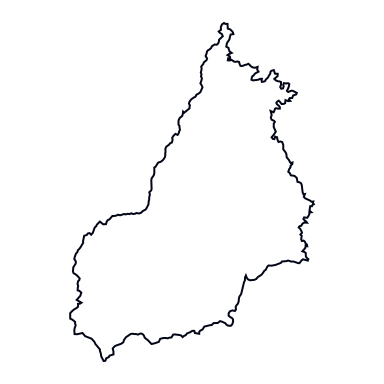 Vila Propício, Goiás, Brazil
{"feature_id": "56859067B93488983181144", "entity_name": "Vila Propício", "entity_type": "district", "adm_level": 2, "iso_a3": "BRA", "parent_name": "Brazil", "parent_adm1": "Goiás", "projection": "albers", "projection_center": [-48.79, -15.215], "detail": "fine", "context": "isolated", "style": "outline", "palette": "ink", "viewbox_px": 384, "rotation_deg": 0, "n_neighbors": 0, "source": "geoboundaries", "source_scale": "gbopen_adm2", "svg_char_len": 5929}
<svg xmlns="http://www.w3.org/2000/svg" viewBox="0 0 384 384"><path d="M154.3,167.5L154.3,173.3L153.8,175.2L151.7,178.3L151.3,180.0L151.6,188.9L151.2,190.4L149.3,192.3L149.9,194.7L149.2,197.2L149.2,199.3L148.7,201.5L148.4,204.6L146.3,208.6L145.5,209.6L143.2,210.8L140.8,212.9L138.9,213.5L136.6,213.0L134.9,213.8L133.0,214.0L131.3,213.3L129.5,214.1L127.8,213.8L125.4,214.4L124.1,214.0L120.1,215.3L118.1,214.7L116.3,215.6L114.0,216.0L112.4,216.0L109.5,219.3L107.6,220.2L106.7,221.6L106.0,224.1L103.2,224.3L99.9,221.6L96.9,224.6L96.1,226.3L94.7,227.5L92.9,232.7L91.2,234.7L89.6,233.1L87.8,233.5L86.7,235.0L84.2,235.8L83.0,241.4L83.2,242.7L80.4,247.5L78.9,249.3L77.8,250.3L77.5,251.9L75.9,253.7L74.6,257.4L74.3,259.2L75.3,260.4L75.9,262.0L75.6,263.7L73.2,267.5L73.2,269.4L72.9,271.0L73.5,273.1L76.4,274.9L78.1,276.6L79.7,278.5L79.3,280.0L78.1,281.2L77.5,283.8L78.2,285.9L77.7,288.1L77.7,290.4L79.3,290.8L81.3,292.6L80.3,295.8L76.7,299.9L81.5,302.7L80.0,303.7L78.0,303.8L78.1,306.6L76.9,307.8L74.0,309.5L71.7,311.5L70.2,313.2L70.2,318.6L72.4,319.7L75.1,321.9L75.1,323.6L75.7,325.4L74.6,328.2L74.3,330.7L74.6,334.1L77.4,334.2L82.5,333.0L85.2,336.2L91.6,338.7L94.5,342.0L95.3,343.9L99.9,349.4L99.9,350.9L100.6,352.7L101.3,356.5L103.6,361.0L105.3,360.8L106.3,358.2L108.7,357.2L109.5,355.7L113.5,354.4L113.4,351.3L112.7,348.5L114.6,346.3L116.5,345.4L121.1,343.8L123.3,342.3L124.1,339.8L126.0,337.2L130.7,334.0L132.7,333.7L134.3,334.1L136.0,334.0L138.0,334.6L139.6,333.8L141.1,333.5L142.7,334.2L143.8,335.4L144.8,337.8L148.1,340.4L151.5,344.0L154.0,343.5L158.8,341.9L160.2,338.8L163.5,338.0L165.6,338.0L167.6,338.3L169.4,337.7L171.5,337.4L173.1,334.7L174.7,334.4L179.4,335.0L181.2,335.5L182.6,337.1L183.9,336.0L185.6,335.2L187.1,333.4L190.4,332.1L192.2,330.9L194.3,330.9L194.9,333.0L199.2,333.8L199.2,332.1L199.9,330.9L202.6,329.4L204.3,326.6L209.5,325.3L211.7,325.0L213.6,323.1L217.7,323.0L220.1,321.1L222.0,321.7L225.3,323.2L226.3,324.5L227.7,325.5L229.3,325.8L231.0,325.7L232.3,324.2L233.1,321.6L233.0,319.3L231.9,318.0L230.0,316.9L228.6,315.7L228.7,313.1L230.1,311.2L232.6,310.4L234.9,311.0L236.0,309.4L235.7,307.9L235.8,306.5L236.5,305.3L237.8,303.8L238.6,301.8L239.0,297.8L239.7,296.1L240.5,295.1L241.3,293.5L244.0,282.3L244.9,280.4L245.0,277.5L245.9,275.5L246.7,277.7L247.9,279.3L250.0,280.3L254.5,279.8L256.2,279.0L257.8,277.1L261.0,275.1L262.3,273.8L264.5,270.6L265.7,269.9L267.3,266.7L268.5,265.5L271.5,265.7L275.3,265.0L280.8,262.9L282.0,261.5L286.6,261.1L287.8,260.6L289.2,260.8L290.8,261.5L293.4,261.5L297.8,263.0L299.4,263.2L301.5,260.5L302.9,259.3L307.8,260.6L308.3,259.1L306.8,257.9L305.9,256.6L305.7,252.9L304.4,252.0L302.4,251.3L304.5,248.9L305.5,247.5L305.6,245.6L307.2,246.1L306.9,244.5L305.6,243.4L304.9,241.7L303.6,240.6L301.9,241.0L301.2,239.4L301.7,235.7L300.4,234.6L302.0,232.7L301.5,231.3L300.2,228.9L298.7,227.4L299.6,226.2L301.2,225.8L302.7,223.4L304.4,222.6L307.0,222.7L306.1,221.5L304.6,220.4L303.4,218.9L304.1,217.4L307.2,217.8L308.5,215.9L309.4,213.9L309.3,212.4L311.3,212.2L309.5,210.6L310.2,206.2L312.0,206.2L312.6,204.8L313.8,204.2L313.0,203.1L313.3,201.5L311.6,201.8L310.3,200.7L305.1,198.3L303.8,196.8L304.9,194.0L303.4,194.3L302.6,192.2L301.8,185.3L301.1,183.3L299.5,182.3L297.5,181.9L296.8,178.1L295.5,176.7L294.4,175.9L290.8,175.3L289.8,173.1L288.3,171.8L289.1,169.3L290.5,167.3L290.5,165.9L292.3,164.0L292.5,162.5L290.7,163.0L289.8,161.8L289.0,160.1L286.7,157.3L286.4,154.2L285.8,152.7L283.2,149.2L283.3,145.1L282.2,142.0L280.3,141.5L278.5,142.0L277.4,139.5L277.1,137.3L275.1,136.7L274.4,139.1L272.9,138.9L271.6,137.3L273.8,134.7L275.8,131.7L273.7,127.0L273.8,123.4L274.9,121.9L274.1,120.8L272.6,120.2L271.5,119.5L270.8,117.5L271.7,115.1L270.6,111.0L273.6,112.3L274.4,110.7L274.9,108.9L276.0,108.2L278.4,108.7L279.8,108.7L279.9,107.3L278.8,105.7L277.0,104.3L276.3,103.0L277.2,101.6L278.7,100.7L279.7,101.6L281.6,104.0L283.5,104.0L285.1,103.2L285.5,100.1L288.1,101.1L290.2,100.9L288.9,99.3L289.7,98.1L292.2,98.0L293.1,95.5L296.2,94.4L296.8,92.9L292.8,90.8L291.4,90.7L288.2,92.0L286.9,90.8L288.1,88.5L289.0,86.0L289.3,84.1L288.1,83.2L286.1,83.5L283.9,83.1L283.2,84.7L283.7,86.4L283.0,88.4L281.2,88.7L280.2,87.0L281.0,84.9L281.0,82.0L279.5,81.4L278.0,81.3L275.7,80.3L274.3,78.9L277.6,76.1L277.7,73.8L275.0,73.7L273.8,70.1L271.4,70.8L270.5,71.8L270.2,73.8L268.9,75.6L268.0,77.5L265.7,79.7L265.2,81.0L263.7,81.6L261.9,81.9L261.5,80.5L261.9,78.8L260.4,78.8L257.9,79.8L253.0,80.4L251.5,79.8L251.7,77.9L252.4,76.2L253.5,75.6L254.5,74.1L255.6,73.2L258.5,71.7L257.2,69.6L257.6,66.9L254.9,67.8L252.4,67.3L250.7,66.1L249.4,64.6L248.3,63.8L246.7,64.6L244.9,64.9L243.5,65.6L241.9,66.0L240.5,65.9L239.5,63.7L239.1,62.0L237.6,61.5L235.6,61.8L234.2,61.7L231.6,59.9L229.7,60.5L227.8,60.3L228.2,58.2L230.2,58.5L229.9,56.5L227.5,55.1L228.7,54.2L231.7,52.9L229.5,51.4L228.4,47.8L226.3,46.7L226.8,43.6L227.7,41.8L228.6,40.8L229.6,38.9L229.9,36.8L230.7,34.5L233.4,34.1L233.0,32.5L231.7,30.8L230.2,29.4L227.8,28.6L227.5,23.9L225.2,23.9L224.0,23.0L222.0,24.4L220.8,27.2L221.0,29.8L218.7,31.5L219.9,32.9L221.8,34.0L222.8,36.2L219.1,39.7L219.0,41.1L218.2,43.4L216.8,44.7L214.8,44.5L212.0,46.1L211.0,48.2L209.5,49.4L207.7,50.5L207.0,51.6L206.4,54.1L205.6,56.0L207.1,58.5L206.5,60.2L203.8,62.4L203.4,63.8L201.2,66.6L201.6,68.3L201.4,70.4L200.8,72.6L201.5,74.4L201.0,76.3L201.9,78.3L201.5,80.3L200.4,83.3L201.6,85.2L202.5,87.3L200.4,92.1L198.7,93.5L196.3,94.8L195.6,96.6L193.7,97.6L191.3,99.3L190.0,101.0L189.3,102.1L189.0,103.8L189.9,105.3L189.5,106.8L189.5,108.4L184.2,112.7L183.1,111.6L182.8,114.0L182.2,116.0L180.0,117.7L178.8,119.7L178.5,121.2L178.5,124.6L179.5,126.0L179.5,127.6L180.0,129.8L179.2,131.3L178.6,133.5L177.6,134.9L175.4,133.9L173.4,135.9L172.2,137.8L172.6,139.9L171.9,142.5L170.2,143.2L168.9,144.8L166.3,146.7L165.4,148.7L165.5,152.0L165.2,153.4L165.3,155.3L165.0,156.9L164.3,158.2L163.1,159.9L160.8,161.8L159.6,162.1L158.1,162.7L155.5,166.8L154.3,167.5Z" fill="none" stroke="#020617" stroke-width="2"/></svg>